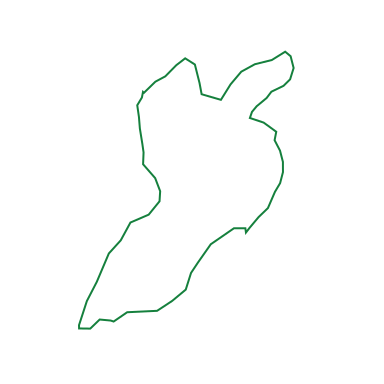 the district of Foinikas, Paphos, Cyprus, rotated 11°
{"feature_id": "46923920B81227312905849", "entity_name": "Foinikas", "entity_type": "district", "adm_level": 2, "iso_a3": "CYP", "parent_name": "Cyprus", "parent_adm1": "Paphos", "projection": "equal_earth", "projection_center": [32.569, 34.745], "detail": "fine", "context": "isolated", "style": "outline", "palette": "green", "viewbox_px": 384, "rotation_deg": 11, "n_neighbors": 0, "source": "geoboundaries", "source_scale": "gbopen_adm2", "svg_char_len": 973}
<svg xmlns="http://www.w3.org/2000/svg" viewBox="0 0 384 384"><g transform="rotate(11 192 192)"><path d="M139.8,334.1L151.3,322.4L180.4,315.3L193.3,302.7L204.5,289.0L206.5,271.6L211.3,260.1L220.4,239.7L240.1,219.6L251.3,217.4L252.7,221.5L255.3,216.3L262.1,204.0L269.6,193.3L273.4,176.0L276.8,166.5L277.5,155.1L276.7,151.2L275.5,145.1L270.5,134.6L263.2,125.4L263.2,116.8L249.1,110.2L234.7,108.3L235.6,101.9L239.1,95.5L247.3,85.5L250.8,78.4L261.6,70.3L266.8,62.7L268.1,50.9L262.9,39.9L256.7,36.5L245.2,47.2L229.3,54.6L217.4,64.5L209.3,79.0L202.8,96.0L182.8,94.2L178.6,83.6L170.5,66.3L159.8,62.1L152.4,70.5L143.7,83.6L135.0,90.7L125.9,103.8L124.8,103.1L124.8,108.8L121.7,117.3L125.6,128.5L128.7,139.6L134.1,154.3L136.9,162.4L138.7,174.1L153.2,185.4L160.6,197.3L161.9,207.3L153.8,222.5L137.4,233.7L131.3,253.0L122.1,268.2L115.7,298.3L109.6,319.1L106.5,344.3L107.2,347.5L118.2,345.5L125.7,334.8L136.7,333.7L139.8,334.1Z" fill="none" stroke="#15803d" stroke-width="2"/></g></svg>